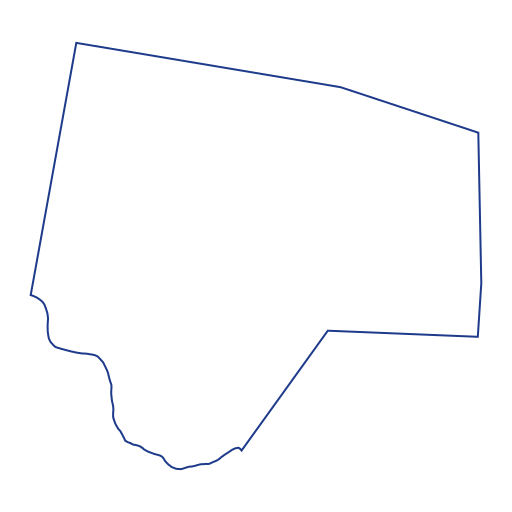 outline of Palmiste Estate, Praslin, Saint Lucia
{"feature_id": "8701671B26229529558045", "entity_name": "Palmiste Estate", "entity_type": "district", "adm_level": 2, "iso_a3": "LCA", "parent_name": "Saint Lucia", "parent_adm1": "Praslin", "projection": "natural_earth1", "projection_center": [-60.965, 13.853], "detail": "fine", "context": "isolated", "style": "outline", "palette": "blue", "viewbox_px": 512, "rotation_deg": 0, "n_neighbors": 0, "source": "geoboundaries", "source_scale": "gbopen_adm2", "svg_char_len": 5939}
<svg xmlns="http://www.w3.org/2000/svg" viewBox="0 0 512 512"><path d="M30.7,295.1L31.1,295.2L32.0,295.5L32.9,295.8L33.3,296.0L33.9,296.2L34.3,296.4L34.7,296.6L34.9,296.7L35.9,297.1L36.4,297.4L36.9,297.6L37.4,297.9L38.1,298.4L38.4,298.6L38.9,299.0L39.1,299.1L39.7,299.5L40.7,300.3L41.2,300.7L41.4,300.9L41.9,301.3L42.8,302.2L43.0,302.6L43.8,303.6L44.6,305.0L44.7,305.4L44.8,305.7L45.1,306.3L45.5,307.4L45.9,308.5L46.1,308.8L46.2,309.3L46.4,310.1L46.6,310.7L46.8,311.3L46.9,311.6L47.1,312.1L47.1,312.4L47.4,313.2L47.5,313.7L47.5,314.4L47.8,316.0L47.8,317.0L48.0,317.7L48.0,319.4L47.9,320.5L47.9,321.0L47.8,321.6L47.8,322.3L47.8,322.6L47.7,323.4L47.7,324.1L47.6,324.9L47.7,329.4L47.7,329.7L47.7,331.5L47.8,331.9L47.9,332.4L47.9,333.1L48.1,334.1L48.3,335.4L48.3,335.7L48.5,336.7L48.7,337.7L49.0,338.5L49.1,339.0L49.4,339.7L49.6,340.1L49.8,340.5L50.1,341.0L50.4,341.6L50.5,341.9L51.0,342.5L51.4,342.9L51.7,343.3L52.2,343.8L52.5,344.1L53.2,345.0L53.7,345.4L53.9,345.7L54.2,345.9L54.7,346.4L55.1,346.7L55.3,346.8L55.5,347.0L55.8,347.0L56.1,347.2L56.4,347.4L56.9,347.5L57.2,347.6L57.6,347.7L58.4,348.0L59.0,348.1L59.3,348.2L59.6,348.3L59.9,348.4L60.6,348.6L60.9,348.7L61.6,349.0L62.2,349.1L63.6,349.4L63.9,349.5L64.4,349.7L65.3,349.9L66.2,350.2L66.8,350.3L67.1,350.4L67.7,350.5L68.6,350.8L69.1,350.9L69.7,351.0L69.9,351.1L70.5,351.2L70.9,351.4L71.8,351.6L72.4,351.7L74.9,352.2L75.4,352.4L76.2,352.5L77.1,352.7L77.6,352.8L78.4,352.9L79.0,353.0L79.6,353.0L79.9,353.1L80.3,353.2L80.5,353.3L81.1,353.3L81.3,353.3L81.6,353.4L82.7,353.4L83.0,353.5L83.6,353.6L84.8,353.5L85.4,353.6L85.9,353.6L86.1,353.6L86.6,353.8L87.4,353.8L88.3,353.9L88.9,354.1L89.5,354.2L91.7,354.5L92.3,354.6L92.6,354.6L93.1,354.8L93.9,354.9L94.9,355.2L95.3,355.3L95.6,355.5L96.3,355.8L96.7,356.0L97.0,356.1L97.4,356.4L97.6,356.5L98.0,356.8L98.5,357.2L98.7,357.5L99.8,358.7L100.3,359.1L101.2,360.3L102.1,361.2L102.3,361.4L102.6,361.7L102.9,362.2L103.4,362.9L103.6,363.3L104.0,364.0L104.4,365.1L104.8,365.7L104.9,366.0L105.2,366.4L105.5,367.2L106.2,368.6L106.3,368.9L106.6,369.5L106.8,369.8L107.8,372.4L108.0,372.9L108.2,373.7L108.4,374.5L108.4,375.1L108.7,375.9L108.9,376.8L109.2,377.9L109.4,378.6L109.5,379.0L109.8,380.2L110.0,380.8L110.3,381.7L110.7,382.8L110.8,383.1L110.9,383.4L111.1,383.9L111.2,384.3L111.3,384.6L111.3,384.9L111.4,385.2L111.5,387.2L111.4,387.8L111.4,388.4L111.4,388.8L111.3,389.1L111.3,389.7L111.3,390.0L111.3,390.6L111.2,391.4L111.3,395.6L111.5,395.9L111.5,396.7L111.6,397.5L111.6,397.9L111.7,398.6L111.8,399.4L111.9,400.1L111.9,400.5L112.0,400.9L112.1,401.5L112.2,402.0L112.3,402.3L112.7,404.1L112.8,404.5L113.2,406.5L113.2,407.1L113.3,407.4L113.3,407.9L113.4,409.8L113.3,410.2L113.4,410.9L113.2,411.5L113.2,412.3L113.1,412.6L113.2,413.9L113.1,414.6L113.1,416.8L113.3,417.1L113.3,417.7L113.4,418.2L113.6,418.4L113.7,418.9L113.7,419.2L113.9,419.4L114.0,420.0L114.1,420.3L114.2,420.6L114.4,421.1L114.5,421.4L114.7,421.7L114.8,422.4L115.0,422.7L115.2,423.3L115.5,424.0L115.6,424.3L116.2,425.4L116.4,425.6L116.5,425.8L116.8,426.3L116.9,426.6L117.2,427.0L117.3,427.2L117.6,427.7L118.0,428.4L118.3,428.9L118.7,429.3L118.9,429.6L119.4,430.1L120.2,430.9L120.6,431.5L120.7,431.8L121.0,432.3L121.1,432.7L121.4,432.9L121.6,433.3L121.8,433.8L122.1,434.3L122.5,435.0L122.7,435.4L122.8,435.7L123.0,436.1L123.2,436.3L123.3,436.6L123.6,437.4L124.0,437.7L124.4,438.7L124.5,439.2L125.1,440.5L125.5,440.6L125.7,441.0L126.5,441.4L126.9,441.7L127.4,442.0L127.9,442.2L128.5,442.4L129.2,442.7L129.6,442.8L129.8,442.9L130.5,443.0L130.8,443.5L132.0,443.9L132.5,444.3L132.8,444.4L133.7,444.7L134.2,444.9L134.5,444.9L135.7,444.9L136.1,445.2L137.6,445.4L138.0,445.6L138.7,445.9L139.1,446.0L139.6,446.2L140.1,446.4L140.5,446.6L140.8,446.7L141.2,447.4L142.5,447.8L143.3,448.9L143.6,449.1L144.1,449.4L144.4,449.6L145.2,450.1L145.8,450.4L147.4,451.3L147.6,451.4L148.1,451.6L148.3,451.7L148.8,451.9L149.4,452.1L149.9,452.3L150.8,452.7L151.3,452.8L152.0,453.1L152.6,453.3L153.1,453.5L153.5,453.7L153.8,453.8L154.4,453.9L154.7,454.1L155.2,454.2L155.5,454.3L156.0,454.4L157.1,454.7L157.7,454.8L158.1,454.9L158.6,455.1L159.3,455.3L159.5,455.4L160.0,455.5L160.7,455.9L161.3,456.2L161.8,456.6L162.1,456.8L162.5,457.2L162.8,457.5L163.3,458.1L163.5,458.4L163.8,458.8L163.9,459.0L164.1,459.3L164.2,459.6L164.4,459.8L164.8,460.5L165.6,461.6L166.0,462.0L166.6,462.7L166.8,462.9L167.2,463.3L167.6,463.7L168.5,464.6L169.3,465.2L169.9,465.6L171.2,466.7L171.4,466.8L171.8,467.1L172.1,467.2L172.5,467.4L173.5,467.7L173.7,467.8L174.5,468.1L175.1,468.4L175.4,468.5L176.0,468.7L176.3,468.8L176.9,468.9L177.1,468.9L177.6,468.9L177.9,469.0L178.4,469.0L178.7,469.0L180.3,469.1L181.2,469.1L181.8,468.9L182.1,468.9L186.9,467.3L187.7,467.1L188.5,466.9L188.9,466.8L189.5,466.6L191.4,466.6L192.0,466.4L192.5,466.4L192.8,466.3L193.8,466.1L194.2,466.0L194.6,465.9L195.7,465.7L195.9,465.6L196.3,465.4L198.2,464.9L198.6,464.8L198.9,464.7L199.2,464.6L200.4,464.3L200.8,464.3L201.5,464.2L205.4,464.0L205.8,463.9L206.6,463.9L207.1,464.0L207.8,464.0L208.1,464.0L208.6,463.9L209.1,463.8L210.0,463.6L210.2,463.4L210.5,463.3L210.7,463.1L211.7,462.7L212.3,462.4L212.5,462.3L213.3,461.9L214.3,461.6L214.5,461.5L214.9,461.3L215.5,461.1L216.0,460.8L216.4,460.7L216.8,460.5L217.2,460.3L217.7,459.9L218.0,459.7L218.4,459.5L218.8,459.3L219.3,459.0L219.5,458.7L219.9,458.3L220.2,458.1L221.3,457.1L221.5,457.0L221.8,456.7L222.4,456.4L222.6,456.2L223.0,456.0L224.1,455.1L224.7,454.7L225.1,454.5L225.8,454.0L226.2,453.8L226.4,453.6L227.2,453.1L227.7,452.8L228.1,452.5L229.1,451.9L229.6,451.5L230.5,450.9L231.6,450.2L231.8,450.0L232.3,449.7L232.7,449.5L233.0,449.4L233.4,449.2L234.0,448.9L234.4,448.7L235.2,448.4L235.6,448.2L236.0,448.2L236.5,448.1L237.0,448.0L237.3,447.9L237.8,447.8L238.5,447.8L238.8,448.0L239.4,448.2L239.8,448.7L240.1,448.8L240.4,449.2L240.8,449.5L240.9,449.8L241.3,450.1L241.6,450.5L327.8,330.7L477.8,336.8L481.3,283.3L478.3,132.7L340.6,87.2L76.3,42.9L30.7,295.1Z" fill="none" stroke="#1e3a8a" stroke-width="2"/></svg>